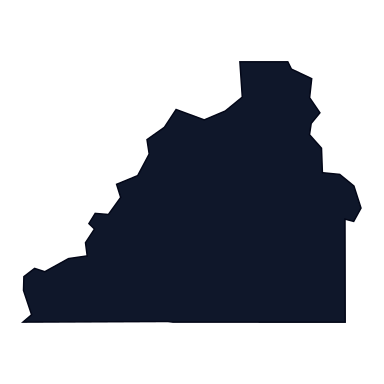 the district of San Juan, Colorado, United States of America
{"feature_id": "52423323B96240484202678", "entity_name": "San Juan", "entity_type": "district", "adm_level": 2, "iso_a3": "USA", "parent_name": "United States of America", "parent_adm1": "Colorado", "projection": "robinson", "projection_center": [-107.715, 37.802], "detail": "fine", "context": "isolated", "style": "filled", "palette": "ink", "viewbox_px": 384, "rotation_deg": 0, "n_neighbors": 0, "source": "geoboundaries", "source_scale": "gbopen_adm2", "svg_char_len": 617}
<svg xmlns="http://www.w3.org/2000/svg" viewBox="0 0 384 384"><path d="M95.2,213.4L88.9,223.6L94.5,229.0L85.5,242.7L87.2,255.9L68.5,258.6L44.8,271.7L34.6,268.4L23.9,276.6L23.5,290.4L31.6,314.7L23.0,322.1L167.9,321.5L172.8,322.1L345.2,322.2L345.0,219.1L353.7,221.4L361.0,208.1L353.9,186.0L339.7,174.4L322.4,172.7L321.5,148.2L309.5,134.7L311.2,123.4L319.9,112.8L309.6,97.7L311.7,78.7L291.4,69.1L287.8,61.8L239.9,61.8L242.3,97.1L225.3,111.0L204.2,119.9L176.1,109.5L164.4,127.3L147.0,139.6L149.2,154.0L137.7,175.6L116.6,184.3L120.7,197.4L108.4,214.5L95.2,213.4Z" fill="#0f172a" stroke="#020617" stroke-width="1.5"/></svg>